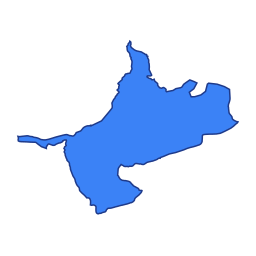 Kiri, Bandundu, Democratic Republic of the Congo (Albers equal-area conic projection), rotated 92°
{"feature_id": "63176286B37259268611319", "entity_name": "Kiri", "entity_type": "district", "adm_level": 2, "iso_a3": "COD", "parent_name": "Democratic Republic of the Congo", "parent_adm1": "Bandundu", "projection": "albers", "projection_center": [19.184, -1.724], "detail": "fine", "context": "isolated", "style": "filled", "palette": "blue", "viewbox_px": 256, "rotation_deg": 92, "n_neighbors": 0, "source": "geoboundaries", "source_scale": "gbopen_adm2", "svg_char_len": 5679}
<svg xmlns="http://www.w3.org/2000/svg" viewBox="0 0 256 256"><g transform="rotate(92 128 128)"><path d="M82.4,73.9L85.1,75.5L85.4,75.9L85.9,76.9L87.0,81.5L88.9,84.3L90.1,89.5L90.4,90.7L89.8,91.3L89.1,91.4L88.2,91.3L87.4,91.9L86.3,93.7L86.4,94.5L87.0,95.6L87.1,95.9L86.9,96.8L86.6,97.9L84.4,99.8L82.7,99.9L82.3,100.2L80.2,102.9L79.3,103.2L78.3,103.6L78.6,104.1L78.8,104.4L78.9,105.2L79.0,105.5L78.8,106.2L78.1,106.6L77.9,107.0L77.6,108.7L76.6,110.4L76.2,110.8L75.6,110.7L75.3,110.5L75.2,109.3L75.2,108.1L75.2,107.6L75.1,107.1L74.9,106.7L74.6,106.3L74.3,106.2L71.1,107.8L68.9,108.9L66.3,108.8L64.1,109.0L62.8,109.2L61.6,109.7L60.6,109.6L59.3,109.7L58.2,110.2L57.7,110.7L56.9,110.9L55.7,110.7L55.4,111.8L54.8,111.7L54.1,111.9L53.9,112.1L54.1,112.6L53.9,113.1L53.9,113.3L53.2,114.0L52.8,115.0L51.5,117.3L50.7,121.8L50.3,123.0L49.6,124.5L47.7,127.1L47.4,127.4L47.0,127.8L45.8,128.3L45.3,128.4L44.8,128.2L44.5,128.0L42.7,128.1L41.9,128.3L41.7,128.6L41.2,129.2L41.6,129.3L42.3,129.5L43.9,130.8L44.9,130.8L46.6,132.1L47.5,131.7L47.9,131.7L49.9,131.5L51.1,131.1L51.5,130.7L52.8,129.4L53.9,128.8L56.2,128.4L56.7,128.2L57.3,127.4L57.9,127.4L58.8,127.5L60.1,126.7L61.4,126.3L62.6,126.3L64.0,126.4L66.3,126.7L68.6,126.1L69.3,126.2L70.4,126.9L72.8,127.8L73.2,128.2L73.5,130.2L73.9,131.0L74.0,132.0L74.5,132.6L75.2,133.0L76.1,133.2L78.1,135.4L78.7,135.6L79.8,135.5L83.4,139.2L84.1,139.6L84.9,138.7L85.1,138.3L85.7,138.2L86.9,138.7L88.9,138.7L89.3,139.1L90.1,140.1L90.5,140.2L92.2,138.3L92.9,138.3L94.4,139.8L94.8,140.1L95.3,140.1L95.5,140.3L96.1,140.9L97.4,141.8L98.4,142.0L100.0,143.3L103.5,144.9L104.0,144.9L106.3,144.5L107.9,144.5L108.1,144.5L108.9,144.8L112.9,147.8L121.8,154.7L126.9,164.5L126.6,164.4L126.5,165.3L127.2,166.8L127.2,168.3L127.6,169.7L128.5,171.5L129.3,172.6L132.2,174.8L132.7,175.4L134.4,179.6L134.7,179.7L136.0,180.4L137.5,181.7L137.8,182.2L138.0,183.2L137.6,185.3L137.7,186.0L137.3,186.9L136.8,188.4L136.7,189.5L137.1,191.3L137.5,192.9L137.8,193.8L138.6,196.6L139.6,199.9L140.9,203.6L141.9,206.5L142.4,208.4L142.8,210.2L142.8,212.0L142.5,214.8L141.9,216.0L141.3,217.5L140.9,219.0L140.8,219.6L140.5,222.0L140.0,223.1L139.8,225.8L139.4,227.2L139.3,228.5L140.0,233.5L140.4,236.1L140.2,237.7L141.3,237.3L142.2,237.2L143.5,237.4L144.7,237.2L145.2,236.2L145.4,234.6L145.4,232.8L145.4,230.8L145.4,228.9L145.5,225.6L145.5,223.4L145.5,221.7L145.5,220.9L145.5,220.0L145.9,219.1L146.9,217.9L147.8,216.6L148.8,215.1L149.7,213.9L150.0,212.8L151.3,208.9L149.9,209.0L149.4,208.6L148.7,208.5L147.9,207.8L147.5,207.7L146.8,207.0L146.7,206.4L147.1,205.2L147.6,203.5L147.9,202.6L147.9,201.3L147.5,200.3L146.7,199.3L145.4,196.5L145.3,195.3L144.9,194.8L144.6,193.8L143.5,192.6L143.1,192.7L142.2,191.0L142.2,189.5L142.2,189.3L142.7,189.1L143.6,189.2L145.2,189.7L146.2,189.8L147.7,189.2L148.3,189.8L149.1,190.7L149.3,190.7L149.6,190.8L150.7,191.3L151.9,190.3L152.6,190.3L153.7,190.9L154.3,190.9L155.7,190.0L157.4,189.8L160.4,188.6L161.3,188.1L161.8,187.8L162.2,187.9L162.6,187.7L164.4,185.7L165.9,185.2L167.2,185.2L167.5,185.0L169.0,184.4L170.2,184.1L170.8,184.2L172.5,183.6L177.9,181.3L180.2,179.7L181.5,179.1L183.0,178.8L185.6,177.7L187.3,176.7L189.0,175.0L189.8,174.6L192.0,174.2L192.5,173.9L194.5,171.9L196.8,169.1L199.3,166.7L199.2,165.9L199.3,164.9L199.7,164.0L200.7,163.4L202.0,162.9L203.6,162.8L204.8,162.8L206.2,162.9L206.5,161.8L206.1,159.9L206.4,158.8L207.1,157.6L208.0,157.2L209.3,157.2L210.5,157.2L212.2,157.1L213.4,156.8L213.8,156.6L214.4,156.0L214.8,155.1L214.7,154.3L214.3,153.6L214.2,152.1L213.4,150.6L212.6,147.9L211.9,147.2L210.4,146.6L209.0,145.2L208.8,143.8L208.7,142.6L208.6,142.0L207.8,139.4L207.2,137.7L206.7,135.8L205.9,133.4L205.5,132.0L205.3,131.0L204.8,129.3L204.3,127.6L203.9,126.1L203.3,124.5L203.0,123.7L202.6,122.9L202.5,122.0L202.1,121.3L201.7,120.6L201.0,119.9L200.5,119.4L199.7,119.0L199.1,118.9L198.5,118.8L197.8,118.3L197.1,117.7L196.4,116.9L195.8,116.2L195.2,115.5L194.6,114.9L194.1,114.2L193.2,113.7L192.6,113.0L192.1,112.7L191.5,112.3L190.9,112.1L190.6,112.0L190.2,111.8L189.9,112.1L190.0,113.1L189.7,114.7L188.7,115.1L188.0,115.7L185.5,120.7L185.0,121.2L184.4,121.4L184.4,121.7L182.8,123.3L182.3,123.5L181.4,125.0L181.2,125.9L181.0,126.7L180.9,127.5L180.7,128.4L180.7,129.0L180.7,129.6L180.6,130.4L180.5,131.2L180.5,131.8L180.1,132.6L179.8,133.3L179.4,133.9L178.8,134.4L177.9,135.1L177.2,135.5L176.4,135.8L175.9,136.4L175.7,136.7L173.5,136.6L169.3,136.4L167.9,135.9L167.5,135.6L164.7,133.6L165.2,132.9L165.6,131.7L166.4,130.6L166.6,129.6L166.5,128.4L166.4,127.5L166.7,126.4L166.1,124.9L166.2,123.5L165.9,122.3L165.5,121.7L163.7,120.1L163.2,119.0L163.2,118.0L163.5,115.6L163.6,115.1L163.4,114.3L163.9,112.7L163.9,111.9L163.9,111.1L163.4,110.2L162.7,109.2L162.3,108.6L161.7,107.8L161.2,106.2L160.9,105.1L160.7,104.2L160.4,103.4L160.3,102.7L160.0,101.7L159.7,100.9L159.4,100.4L159.1,99.4L158.7,98.6L158.4,97.9L158.0,97.4L157.5,96.8L157.2,96.1L157.0,95.5L157.1,94.8L156.4,94.6L155.1,91.4L152.5,85.8L151.4,81.6L150.9,79.6L149.0,74.5L147.8,71.3L146.4,68.3L145.3,65.2L144.5,62.2L143.5,59.2L142.7,57.2L142.4,56.2L141.7,55.1L141.0,54.4L140.1,53.9L139.1,53.5L135.6,53.4L133.0,53.4L132.4,53.0L131.9,52.1L131.6,50.0L131.3,46.5L131.2,43.8L131.0,41.3L130.9,39.7L130.6,38.2L130.1,35.7L129.2,33.7L127.8,31.0L126.1,27.9L124.5,25.1L122.5,22.6L120.4,20.5L119.0,18.8L118.0,18.3L117.7,20.0L116.6,22.3L115.7,23.6L115.2,24.0L113.0,24.6L110.0,27.2L108.9,27.6L105.0,28.2L103.6,28.3L103.2,28.6L100.9,28.4L99.3,27.9L97.5,27.4L95.9,27.1L94.5,27.1L85.9,27.9L83.3,33.0L82.6,35.3L81.1,40.4L80.4,49.0L81.4,50.2L88.7,51.8L92.4,56.3L94.4,62.4L94.6,66.0L90.1,68.0L86.5,63.6L80.6,60.7L79.3,63.6L77.8,67.9L80.7,71.8L82.4,73.9Z" fill="#3b82f6" stroke="#1e3a8a" stroke-width="1.5"/></g></svg>